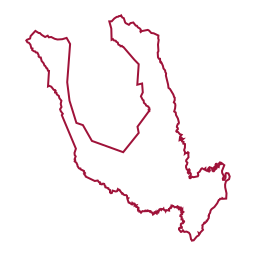 Natá, Coclé, Panama
{"feature_id": "35544464B34779473724765", "entity_name": "Natá", "entity_type": "district", "adm_level": 2, "iso_a3": "PAN", "parent_name": "Panama", "parent_adm1": "Coclé", "projection": "equal_earth", "projection_center": [-80.564, 8.407], "detail": "fine", "context": "isolated", "style": "outline", "palette": "rose", "viewbox_px": 256, "rotation_deg": 0, "n_neighbors": 0, "source": "geoboundaries", "source_scale": "gbopen_adm2", "svg_char_len": 5907}
<svg xmlns="http://www.w3.org/2000/svg" viewBox="0 0 256 256"><path d="M191.1,239.5L191.9,240.0L192.0,240.6L193.7,240.3L196.8,236.5L198.7,235.4L199.2,234.4L198.8,233.0L199.8,233.6L200.6,232.2L203.0,229.8L202.3,228.2L202.6,226.7L202.3,225.3L203.7,224.0L204.0,223.0L204.5,222.5L205.1,222.9L206.8,221.2L206.7,220.6L207.3,220.4L208.8,217.9L208.6,216.0L209.0,215.9L209.0,214.5L210.1,212.8L210.6,210.5L211.6,209.1L214.4,207.0L217.2,203.3L218.8,200.0L219.5,199.8L220.1,198.8L222.1,198.8L222.3,198.2L223.1,198.8L226.2,198.6L226.5,193.3L225.2,187.4L225.1,184.5L226.0,181.1L229.1,179.1L229.7,176.4L228.4,173.4L226.3,173.0L225.5,174.0L225.6,177.2L225.2,178.7L224.2,179.9L223.0,179.8L222.8,178.6L223.7,176.7L223.7,175.8L222.2,173.0L222.0,170.9L224.3,165.2L221.2,162.8L219.9,162.4L219.2,163.2L220.4,163.4L220.6,164.2L219.1,164.4L218.7,167.1L218.2,166.9L216.6,163.8L215.9,163.9L215.4,165.1L216.6,166.9L216.5,168.5L215.8,169.0L215.0,166.9L214.3,167.0L213.8,167.8L214.5,170.3L213.9,171.2L213.2,171.3L212.4,170.6L211.9,168.0L209.6,167.2L209.1,167.9L209.9,170.4L209.3,171.5L208.6,171.4L208.0,169.1L206.9,170.8L205.5,170.1L205.4,168.3L204.1,169.4L202.1,168.3L201.3,168.8L199.6,171.7L197.8,173.0L198.3,175.2L197.8,176.3L193.6,177.2L192.2,176.8L190.3,178.2L189.7,178.1L189.3,176.6L190.8,175.2L190.8,173.7L190.1,172.7L188.7,173.6L187.8,172.7L187.9,171.9L189.5,171.1L189.7,170.1L189.1,169.3L188.3,170.1L187.5,170.0L186.7,169.2L186.0,167.2L186.1,165.7L187.0,164.4L187.4,162.7L186.2,161.4L186.2,160.2L188.5,157.3L188.3,154.5L188.6,152.8L187.9,152.2L187.0,153.1L185.9,152.9L184.9,153.7L185.1,152.3L184.1,150.1L184.9,147.7L185.0,144.1L183.3,143.6L183.6,142.0L182.1,141.5L181.7,140.5L183.2,139.0L182.2,139.1L181.7,137.8L181.3,137.7L180.7,138.2L180.4,139.9L179.6,140.2L180.1,136.6L181.6,134.8L179.8,134.1L177.8,131.8L176.8,131.9L176.3,131.4L176.5,130.5L177.9,129.1L177.8,128.1L176.9,127.1L176.9,126.3L177.8,124.0L178.7,123.6L178.9,122.5L177.9,118.5L176.0,115.0L175.7,112.5L174.2,111.5L175.1,108.2L175.4,105.2L175.1,103.7L173.8,102.3L174.7,100.3L174.7,97.6L174.2,97.2L173.3,94.5L170.0,89.0L168.5,87.9L168.1,84.6L165.9,75.6L166.1,73.4L165.3,72.0L165.1,70.4L163.5,68.5L162.9,65.8L161.6,62.9L161.1,62.1L160.6,62.5L160.2,62.0L160.0,58.8L158.8,58.7L158.0,57.2L157.7,52.4L158.3,51.6L158.4,50.3L158.0,44.6L158.7,39.9L158.2,38.4L158.4,35.5L153.7,33.3L151.3,33.0L149.1,30.6L147.8,29.9L141.7,31.1L140.7,32.0L140.4,31.5L140.8,30.0L140.6,29.4L139.7,28.4L137.8,27.3L136.9,25.8L135.7,25.6L133.3,22.5L130.5,23.1L128.9,24.8L125.7,23.1L125.1,22.3L123.8,18.2L122.3,17.5L121.1,15.4L120.3,16.1L119.1,16.0L118.2,16.7L116.7,16.9L114.3,18.5L111.7,21.3L109.3,21.4L111.3,28.6L111.6,39.8L112.9,39.1L113.7,40.3L115.8,40.8L116.2,41.7L117.8,42.6L118.3,44.5L120.5,45.7L120.6,46.2L121.9,45.9L122.4,46.7L123.3,46.9L134.4,59.8L138.7,64.2L137.3,84.7L142.1,83.5L142.8,92.4L140.9,96.3L142.7,99.8L143.6,100.4L143.9,102.8L145.7,104.4L146.1,105.5L148.4,106.6L148.7,107.7L149.3,108.0L149.6,109.7L148.7,110.0L149.2,111.3L148.7,111.5L137.5,126.7L138.7,132.9L123.2,152.2L91.9,140.9L82.9,125.1L76.4,122.9L69.5,100.7L67.2,82.2L70.1,44.0L66.6,37.9L62.3,39.2L57.5,39.5L54.7,38.8L51.2,37.0L48.8,37.3L47.7,35.7L45.1,37.0L41.6,34.8L39.8,33.0L38.7,33.0L35.4,30.9L30.6,36.1L30.1,38.5L26.9,39.8L26.3,40.5L27.4,42.3L28.9,42.8L30.4,44.6L31.3,48.1L32.5,48.5L32.1,49.9L32.5,50.3L34.3,51.4L35.3,51.5L35.8,52.4L37.4,52.7L38.7,55.3L38.6,56.5L39.5,57.3L40.8,57.5L41.6,60.9L43.7,63.4L44.4,65.5L45.2,65.9L46.5,68.2L47.2,68.4L48.0,70.7L49.0,70.9L48.0,86.4L49.2,85.8L51.3,86.7L53.7,89.8L55.2,90.1L55.7,90.9L55.0,91.9L55.0,92.5L56.5,92.9L56.8,94.4L58.8,95.9L59.4,98.2L61.4,100.7L60.7,103.9L61.5,107.0L60.1,109.2L60.8,111.2L62.8,113.8L61.8,115.1L75.9,148.7L74.5,152.9L74.7,155.0L75.7,156.4L74.7,158.9L75.0,159.2L74.7,159.8L75.2,160.3L74.7,161.4L76.3,162.6L77.4,164.9L77.5,166.0L78.8,168.1L79.5,168.6L80.4,168.5L80.7,169.4L83.9,170.9L83.8,171.5L84.9,172.9L84.2,173.3L84.6,173.7L84.3,174.4L85.4,175.5L85.7,176.6L94.8,181.0L97.7,180.5L98.8,182.0L99.9,182.3L99.8,182.9L100.4,183.2L100.2,184.0L101.9,184.4L103.0,183.6L104.2,183.9L104.8,185.8L105.4,186.2L105.4,187.3L108.3,188.2L108.4,189.0L110.0,190.0L110.0,192.4L111.0,193.2L111.9,192.9L112.6,190.6L115.7,191.5L117.0,191.2L117.9,189.1L119.2,190.3L119.6,190.0L121.4,192.7L122.0,192.9L122.2,193.8L123.0,193.7L123.5,194.6L124.8,195.1L126.2,195.1L127.0,195.9L127.2,197.9L128.3,198.2L127.5,199.2L128.6,202.5L129.4,202.5L129.7,203.1L130.9,203.4L131.3,204.2L132.0,204.4L132.3,203.2L132.8,203.9L133.7,203.4L134.4,203.6L134.5,205.1L134.9,204.7L135.1,205.2L135.4,204.8L136.0,205.5L136.4,205.4L136.0,206.1L136.3,207.0L137.2,207.0L137.9,208.0L138.0,207.5L138.5,207.8L138.5,208.5L137.9,209.3L138.1,210.6L138.9,210.6L139.2,211.3L139.6,210.9L141.0,212.7L142.4,211.1L144.2,211.3L145.2,210.6L145.9,211.2L147.3,210.4L147.7,210.5L147.7,211.0L148.5,210.8L149.7,211.6L150.0,211.0L150.6,211.1L151.4,212.5L152.4,212.6L153.0,214.5L154.1,213.7L154.6,212.2L155.4,212.4L155.9,211.7L156.3,212.3L156.2,213.3L156.7,213.6L156.8,212.9L157.7,212.6L157.7,211.5L158.4,212.1L158.5,211.7L158.1,211.3L159.1,210.7L159.2,209.6L160.2,209.0L161.2,210.0L161.8,209.0L163.2,209.2L163.5,208.8L163.7,209.7L164.8,210.0L165.4,211.0L165.5,210.4L166.2,210.7L166.8,210.1L169.1,210.6L169.0,209.0L169.4,209.0L170.2,207.7L170.8,207.9L171.3,206.1L171.5,206.4L171.8,206.1L171.9,206.6L172.4,205.9L173.3,206.0L174.6,207.3L176.3,206.9L176.7,207.3L177.5,206.3L179.0,207.2L178.3,208.4L178.8,209.1L179.9,208.0L180.3,209.2L181.1,208.0L181.5,208.7L181.0,210.3L181.6,210.3L182.3,209.4L182.3,211.2L183.4,212.0L182.4,213.0L181.9,211.9L181.4,211.8L181.2,212.5L182.0,214.4L180.5,215.1L180.3,216.1L181.8,217.1L181.5,219.3L182.6,219.3L182.9,221.1L183.9,221.1L184.1,221.7L182.9,223.3L181.5,223.4L180.9,224.0L180.8,225.8L181.9,227.1L181.8,227.9L179.4,227.9L179.0,228.5L179.0,229.5L180.9,231.9L181.6,231.8L182.9,230.3L184.2,231.9L186.6,231.6L188.9,232.7L190.1,234.5L191.1,239.5Z" fill="none" stroke="#9f1239" stroke-width="2"/></svg>